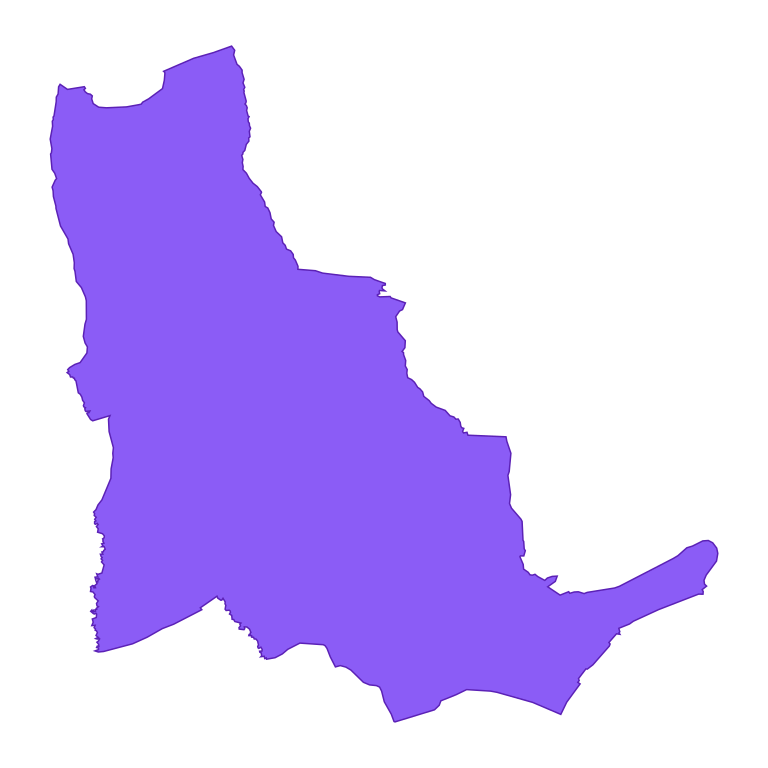 the district of Ghioroiu, Vâlcea, Romania
{"feature_id": "2599482B90702862990057", "entity_name": "Ghioroiu", "entity_type": "district", "adm_level": 2, "iso_a3": "ROU", "parent_name": "Romania", "parent_adm1": "Vâlcea", "projection": "equal_earth", "projection_center": [23.826, 44.687], "detail": "fine", "context": "isolated", "style": "filled", "palette": "violet", "viewbox_px": 768, "rotation_deg": 0, "n_neighbors": 0, "source": "geoboundaries", "source_scale": "gbopen_adm2", "svg_char_len": 5935}
<svg xmlns="http://www.w3.org/2000/svg" viewBox="0 0 768 768"><path d="M173.7,624.2L201.8,609.7L200.3,607.8L217.0,596.2L217.8,598.2L220.8,600.2L221.8,600.1L223.0,598.3L225.2,601.9L225.0,603.8L225.8,605.3L225.1,609.2L226.1,610.5L229.2,610.2L230.1,610.9L230.5,612.2L229.5,614.0L231.7,615.4L232.1,619.3L233.7,619.5L234.8,621.5L240.9,623.1L239.9,624.2L240.5,625.9L239.0,627.6L239.2,629.1L244.0,629.7L244.7,628.7L244.3,626.9L246.9,627.0L249.5,629.1L250.9,632.4L250.2,633.1L250.3,634.1L249.1,634.5L248.8,635.6L251.6,635.7L251.6,637.1L253.6,637.3L254.2,639.0L255.9,639.0L257.6,641.0L258.5,645.1L257.7,646.3L258.0,647.8L258.8,648.4L260.9,647.2L262.2,649.5L261.9,651.1L259.6,651.2L259.8,652.2L261.3,653.0L261.6,656.0L260.9,656.7L264.2,656.3L264.7,658.5L266.2,657.9L266.5,659.2L275.1,657.7L282.4,653.9L287.8,649.3L299.9,643.1L323.3,644.7L325.1,645.7L327.0,648.4L330.3,656.9L335.4,666.9L340.3,665.6L345.9,667.1L350.8,670.0L363.4,682.3L369.6,684.9L376.4,685.6L379.6,687.1L381.6,691.1L384.3,701.8L391.3,714.2L394.0,721.5L395.0,721.9L434.5,709.8L439.2,705.3L440.9,700.8L456.1,694.7L466.6,689.6L490.5,691.1L497.0,692.3L532.7,702.4L560.8,714.4L566.7,702.2L580.1,683.9L577.8,682.3L579.2,680.6L578.5,678.6L585.9,668.9L587.3,669.1L592.9,664.8L609.3,646.1L610.1,644.0L608.9,642.5L616.5,633.8L619.9,634.3L619.0,632.8L619.8,631.8L618.8,628.3L629.5,624.0L633.4,621.2L658.6,609.6L698.6,594.1L703.0,594.2L703.2,591.5L702.2,589.6L706.6,586.1L704.5,584.1L704.0,580.3L706.2,575.1L716.5,561.1L717.8,553.4L716.7,548.1L712.7,542.8L708.3,540.5L702.8,540.9L692.4,546.1L686.8,547.8L677.9,555.7L673.2,558.5L619.4,586.3L614.6,588.0L587.2,592.4L584.1,593.6L578.4,591.8L574.2,592.0L569.8,593.3L568.7,591.7L560.1,595.1L547.7,586.8L555.3,581.4L557.2,576.1L552.2,576.4L547.4,578.0L544.8,580.4L537.8,576.6L535.0,574.3L532.3,575.2L530.0,574.8L528.2,572.3L523.6,569.1L523.2,564.4L519.9,556.7L520.4,555.9L523.8,555.9L525.3,550.7L524.2,548.8L523.7,541.4L523.0,540.3L522.1,521.4L520.9,519.1L511.5,508.2L509.5,503.5L510.6,494.7L507.9,475.4L509.2,471.6L510.9,453.3L506.8,441.2L506.0,436.8L467.9,435.2L467.0,432.3L463.5,432.9L462.6,431.4L463.8,428.4L461.7,427.7L460.8,426.2L460.2,422.4L458.2,419.0L455.9,419.2L453.9,417.0L450.0,415.8L445.2,410.4L436.2,407.1L431.2,403.3L429.2,400.6L423.8,396.4L422.6,391.9L419.9,388.8L417.7,387.4L414.5,382.3L411.6,379.6L407.7,377.7L406.8,373.2L407.2,369.5L405.3,366.0L405.7,360.5L403.6,354.7L403.5,352.6L402.1,351.5L404.9,347.7L405.3,340.7L397.8,331.9L397.2,329.6L397.1,322.1L395.7,316.7L399.6,311.0L402.5,309.6L405.4,302.9L391.1,297.9L390.1,296.5L379.7,296.9L377.4,295.8L377.4,294.7L379.7,293.7L379.2,291.6L379.5,290.5L385.0,290.9L382.4,288.9L382.0,287.8L382.4,285.6L385.3,285.0L385.3,283.5L374.3,279.6L370.5,277.3L348.6,276.3L322.6,273.1L315.4,270.7L297.9,269.3L298.0,266.3L295.3,260.0L293.5,257.8L293.2,254.4L290.6,250.8L286.5,249.1L285.2,245.3L282.8,242.8L281.6,236.8L276.2,231.6L273.5,225.5L274.1,222.2L271.2,218.9L270.0,212.7L267.8,208.0L265.2,206.5L264.6,202.0L260.3,194.8L261.5,192.4L261.3,191.7L257.3,186.6L253.0,183.2L249.2,178.3L246.4,173.2L242.9,169.6L243.1,166.4L242.3,162.7L242.9,159.5L241.7,155.4L242.8,154.1L243.0,152.3L244.8,150.4L246.3,144.4L248.9,141.1L248.7,138.0L250.0,136.8L249.3,131.3L250.6,128.2L249.5,125.8L249.3,123.2L248.3,121.8L248.0,118.7L249.1,116.6L248.1,116.0L246.6,110.5L247.2,107.8L246.4,105.6L245.0,104.0L245.9,102.8L246.2,101.1L243.9,92.5L244.2,91.0L243.6,89.6L244.8,87.3L243.0,82.9L244.1,79.3L242.1,72.7L242.1,70.1L239.4,66.3L237.0,64.3L233.6,55.0L234.7,50.3L231.6,46.1L213.1,52.7L193.6,58.3L163.6,71.3L164.7,72.3L164.9,73.5L164.3,80.4L162.5,88.6L148.7,98.8L142.6,102.2L141.3,104.1L138.8,104.7L126.5,106.9L106.5,107.8L98.7,107.2L93.2,103.6L91.7,98.9L92.3,95.9L90.4,94.2L87.5,93.6L85.3,91.9L83.9,89.8L85.4,88.4L84.3,86.7L67.5,89.4L60.1,84.3L58.6,86.8L58.1,94.0L56.3,97.1L56.2,101.7L54.0,115.9L53.1,117.1L53.3,119.6L52.3,121.2L52.6,126.2L50.2,139.1L51.9,148.7L51.4,152.8L50.6,154.0L52.0,169.3L54.7,173.2L56.6,178.6L55.2,180.2L52.1,187.1L53.1,190.8L53.4,196.5L55.9,206.1L56.0,208.5L60.5,226.0L68.0,239.0L68.6,243.8L73.1,254.3L74.3,262.7L74.1,268.6L75.0,271.4L76.3,281.5L81.4,287.6L85.4,296.8L86.3,300.7L86.4,319.4L85.0,324.1L83.3,336.4L85.1,343.0L87.4,346.9L86.9,353.0L80.1,362.6L74.9,364.4L69.6,367.6L67.7,369.6L68.8,371.3L67.1,372.6L69.7,374.6L70.5,377.0L72.7,377.0L73.4,378.1L74.4,378.2L74.7,379.6L76.0,381.0L78.3,392.8L80.3,394.3L81.9,397.2L82.6,400.3L84.4,402.8L83.4,405.7L83.8,406.8L85.5,407.8L84.8,408.6L85.2,410.6L85.8,411.4L89.9,411.0L88.9,412.7L87.2,412.9L86.9,413.6L90.6,419.5L92.7,420.8L110.0,415.6L108.5,419.2L109.1,431.6L113.4,447.7L112.8,453.4L113.2,457.7L111.1,468.9L110.9,478.3L101.9,499.9L98.0,504.9L96.0,509.6L93.6,512.1L94.6,513.6L94.2,515.5L96.2,517.3L94.7,519.3L95.9,520.9L94.6,521.7L94.6,523.6L95.3,524.3L97.3,523.4L98.1,524.5L96.4,526.6L98.2,528.7L97.6,532.2L102.5,533.7L104.3,535.8L104.2,537.7L102.6,538.9L103.2,540.0L102.8,541.0L103.9,543.2L101.7,543.8L103.0,545.9L101.7,546.7L104.2,546.7L105.2,549.2L103.7,550.5L103.4,551.7L101.9,552.0L102.8,554.2L100.4,554.2L101.2,556.6L102.2,557.6L101.1,558.9L102.6,560.3L101.5,561.9L104.1,564.9L101.9,573.0L98.0,574.3L96.7,573.8L97.8,576.8L95.0,577.2L95.6,579.2L98.7,578.4L99.4,579.1L98.0,580.2L97.7,581.8L96.0,580.9L97.0,583.7L94.7,585.6L95.5,587.7L93.9,587.8L93.3,585.7L92.6,585.5L90.5,587.0L91.0,588.5L90.5,591.5L93.0,592.0L95.1,594.6L94.3,596.3L94.6,597.5L98.2,600.9L96.5,603.5L97.0,605.9L98.4,606.7L96.3,608.4L96.7,609.2L95.1,609.7L95.5,611.2L93.8,611.7L93.5,610.4L92.4,611.4L91.9,610.0L90.7,611.3L93.5,613.7L94.7,614.0L95.9,613.2L96.6,614.0L96.3,617.5L92.3,619.0L93.2,622.2L91.8,625.6L95.1,625.3L94.1,627.7L95.4,628.8L95.2,630.3L96.4,630.7L97.4,632.6L96.0,635.5L98.2,637.3L95.7,638.6L97.3,639.1L98.9,638.4L99.6,638.9L98.1,641.4L96.9,642.2L98.6,644.3L98.8,646.2L97.3,646.1L96.6,647.5L98.5,648.0L98.5,649.6L95.0,650.9L98.3,652.0L103.6,651.5L132.6,643.8L147.2,637.2L162.3,628.6L173.7,624.2Z" fill="#8b5cf6" stroke="#5b21b6" stroke-width="1.5"/></svg>